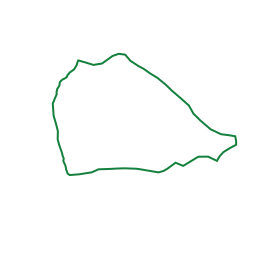 outline of Kabbia, Mayo-Kebbi Est, Chad, rotated 49°
{"feature_id": "50815135B59741228858752", "entity_name": "Kabbia", "entity_type": "district", "adm_level": 2, "iso_a3": "TCD", "parent_name": "Chad", "parent_adm1": "Mayo-Kebbi Est", "projection": "orthographic", "projection_center": [15.352, 9.53], "detail": "fine", "context": "isolated", "style": "outline", "palette": "green", "viewbox_px": 256, "rotation_deg": 49, "n_neighbors": 0, "source": "geoboundaries", "source_scale": "gbopen_adm2", "svg_char_len": 1463}
<svg xmlns="http://www.w3.org/2000/svg" viewBox="0 0 256 256"><g transform="rotate(49 128 128)"><path d="M204.6,52.5L199.5,56.7L193.7,61.9L183.1,66.5L170.4,68.4L160.2,69.2L150.9,67.3L139.5,68.8L128.5,70.4L120.0,71.1L109.5,72.9L101.3,75.5L93.8,77.3L87.7,79.6L78.8,82.1L70.8,82.0L65.9,86.4L63.5,92.5L62.3,105.3L57.7,112.7L50.0,117.5L44.4,121.2L45.2,122.9L46.7,125.2L47.4,127.1L48.4,130.1L48.1,133.6L47.9,135.8L48.3,137.2L48.3,137.3L48.3,138.3L48.5,139.3L49.3,140.3L49.3,141.5L49.3,142.5L49.0,143.6L48.7,144.5L48.4,146.0L48.5,147.7L48.7,149.1L48.7,149.4L49.4,150.2L51.1,152.1L51.3,152.9L51.5,153.5L51.7,154.2L52.0,155.6L53.8,158.1L55.9,159.9L57.8,164.1L58.3,164.9L58.9,166.0L59.2,166.5L59.9,168.4L61.1,169.4L63.2,171.0L70.0,176.1L75.5,178.6L77.4,179.5L83.8,182.7L84.5,183.1L90.4,188.5L93.1,189.8L95.8,191.1L98.8,192.3L102.9,193.9L104.7,194.8L106.0,195.5L108.8,196.5L110.2,198.1L110.3,198.3L111.7,198.9L111.9,198.9L112.6,199.1L112.9,199.2L113.4,199.4L114.7,199.7L115.4,200.0L117.0,200.8L117.3,200.9L118.6,201.9L120.4,202.5L122.9,203.5L123.1,203.4L125.2,202.9L130.8,195.4L137.7,184.4L139.8,177.4L148.3,166.9L151.3,163.0L154.4,159.2L156.2,157.0L163.2,149.5L163.9,148.7L167.8,145.3L169.1,144.3L169.9,143.6L170.9,142.8L181.5,134.1L183.8,129.2L183.9,128.5L184.6,124.7L185.4,114.9L192.8,111.2L195.4,96.0L195.7,94.5L195.8,93.8L202.2,86.3L211.2,82.4L209.5,77.7L208.8,71.9L209.9,64.8L211.6,57.4L208.7,54.9L204.6,52.5Z" fill="none" stroke="#15803d" stroke-width="2"/></g></svg>